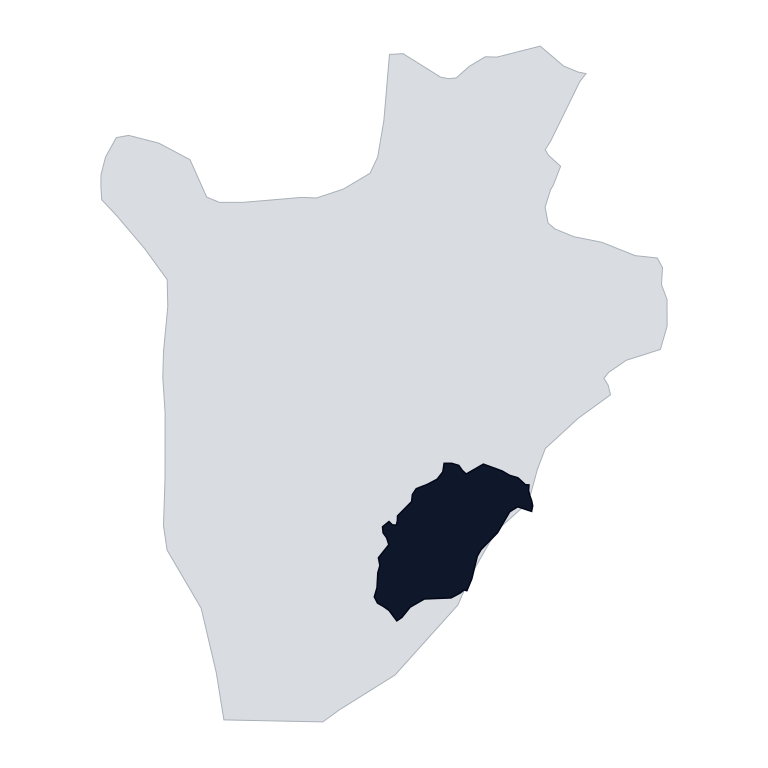 where Rutana sits in Burundi
{"feature_id": "BDI-2634", "entity_name": "Rutana", "entity_type": "Province", "adm_level": 1, "iso_a3": "BDI", "parent_name": "Burundi", "parent_adm1": "", "projection": "orthographic", "projection_center": [30.114, -3.886], "detail": "fine", "context": "in_parent", "style": "filled", "palette": "ink", "viewbox_px": 768, "rotation_deg": 0, "n_neighbors": 0, "source": "natural_earth", "source_scale": "10m", "svg_char_len": 1788}
<svg xmlns="http://www.w3.org/2000/svg" viewBox="0 0 768 768"><path d="M586.0,73.6L579.7,81.8L550.8,140.8L545.2,149.7L548.4,155.2L560.6,166.3L553.4,184.9L550.5,189.9L545.1,207.2L548.1,223.1L555.0,229.0L573.8,236.7L601.9,242.3L635.0,255.6L657.3,258.0L662.5,267.6L661.5,284.7L667.0,299.5L667.1,326.1L660.4,349.4L626.2,360.3L608.7,372.3L603.9,378.3L608.2,385.3L610.5,394.8L578.4,418.1L545.3,448.5L537.5,469.0L530.9,493.2L521.2,508.7L496.1,531.0L470.4,575.9L457.9,605.0L395.0,675.0L339.1,710.0L322.8,721.9L223.9,719.9L216.3,672.7L201.2,608.3L167.1,550.1L163.5,525.8L165.0,478.9L165.1,412.9L162.8,377.4L163.5,351.6L167.8,306.6L167.2,279.7L144.8,248.8L116.9,215.9L101.7,199.7L100.9,186.7L101.0,174.7L105.5,157.1L116.3,137.6L128.6,135.4L158.7,143.1L190.0,159.7L206.7,197.1L219.4,202.4L242.6,202.4L301.7,197.4L316.4,198.0L343.3,189.1L370.0,173.3L377.7,157.0L383.9,120.4L389.5,54.4L403.1,53.7L440.5,77.1L448.5,78.7L456.3,77.9L469.3,66.3L485.2,56.8L496.9,57.1L540.2,46.1L563.5,66.0L578.2,72.1L586.0,73.6Z" fill="#d9dde1" stroke="#a8b0b8" stroke-width="1"/><path d="M529.0,484.9L528.6,490.7L530.0,496.0L531.7,500.9L532.7,505.8L531.6,511.4L517.6,506.8L509.7,511.8L497.5,532.8L481.0,549.7L477.3,556.2L471.8,578.9L466.9,590.7L466.7,590.7L464.1,590.0L459.9,593.2L451.1,597.9L424.3,599.0L410.1,607.2L401.9,617.4L396.8,620.9L389.0,610.4L383.3,606.4L377.5,603.1L374.3,596.9L377.0,587.6L377.8,572.8L379.9,565.5L378.4,557.8L388.8,544.7L386.6,537.7L383.1,532.9L382.5,526.8L389.0,521.5L392.3,524.9L396.3,525.1L397.4,520.7L397.5,515.9L411.6,501.6L412.4,494.5L416.3,488.6L426.8,484.6L437.1,479.2L442.8,471.9L444.1,463.3L451.7,463.3L458.8,465.4L462.4,470.5L466.2,474.0L483.4,464.1L502.2,471.0L509.6,475.3L518.0,477.8L525.4,484.7L528.8,484.9L529.0,484.9Z" fill="#0f172a" stroke="#020617" stroke-width="1.5"/></svg>